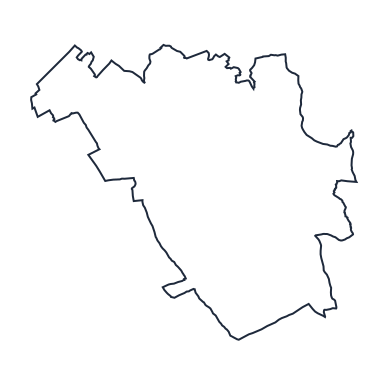 Poienari, Neamt, Romania, rotated 182°
{"feature_id": "2599482B83480715242769", "entity_name": "Poienari", "entity_type": "district", "adm_level": 2, "iso_a3": "ROU", "parent_name": "Romania", "parent_adm1": "Neamt", "projection": "natural_earth1", "projection_center": [27.109, 46.891], "detail": "fine", "context": "isolated", "style": "outline", "palette": "slate", "viewbox_px": 384, "rotation_deg": 182, "n_neighbors": 0, "source": "geoboundaries", "source_scale": "gbopen_adm2", "svg_char_len": 5907}
<svg xmlns="http://www.w3.org/2000/svg" viewBox="0 0 384 384"><g transform="rotate(182 192 192)"><path d="M355.9,281.2L356.0,278.4L355.1,275.1L354.4,269.7L352.4,270.9L348.8,261.7L337.2,268.7L335.6,265.8L333.6,263.8L333.3,262.8L333.6,261.9L332.3,260.8L332.1,259.9L332.8,259.3L333.0,258.6L332.0,258.2L331.0,257.3L329.6,258.2L317.9,263.4L317.2,264.0L316.3,265.3L315.6,265.7L315.4,266.4L314.9,266.7L314.1,266.3L310.8,267.2L309.0,267.3L307.3,265.6L302.5,257.4L300.5,255.3L299.6,252.8L297.8,250.6L289.8,238.6L288.7,237.3L288.1,234.9L286.9,232.4L286.0,231.5L296.9,225.5L288.7,214.9L285.0,209.4L279.1,200.0L275.8,200.8L271.1,201.6L264.5,202.1L262.5,202.9L259.8,202.9L250.7,204.0L250.1,201.4L249.4,200.8L249.1,200.2L248.7,198.7L248.8,197.5L249.7,195.6L252.0,193.8L252.3,193.0L251.6,191.9L251.0,186.0L249.9,180.9L241.2,182.1L241.2,180.4L240.3,177.0L238.6,174.7L236.5,169.9L235.3,165.7L234.1,163.3L231.9,159.1L230.3,156.6L228.1,150.7L226.7,145.8L226.0,144.8L224.8,142.3L222.7,139.7L221.1,136.7L219.4,134.6L217.3,132.7L215.5,130.6L212.6,125.8L211.1,124.5L209.8,122.7L207.3,121.4L205.6,118.5L203.5,116.8L200.0,113.1L198.6,110.7L197.9,109.9L197.6,109.2L196.5,107.9L195.2,105.3L196.9,104.7L196.6,103.8L197.5,103.6L198.8,102.7L202.6,101.6L206.8,99.8L210.1,99.3L212.2,98.7L217.9,95.8L216.2,93.1L213.7,90.4L212.3,89.1L209.7,87.2L209.4,86.4L205.8,85.7L201.2,88.4L196.0,90.8L193.9,92.3L191.7,92.6L190.5,93.5L187.1,95.2L186.9,95.2L186.4,94.7L185.9,94.8L184.9,91.5L181.9,87.8L181.5,86.7L180.9,85.7L177.1,82.5L176.2,82.1L174.7,79.7L173.6,78.8L171.1,77.4L169.5,76.2L167.5,72.9L166.8,71.4L164.0,69.4L160.2,63.2L158.4,61.5L157.2,59.7L155.1,58.3L153.7,56.6L152.4,55.8L150.5,53.7L148.7,49.8L141.8,46.4L140.1,46.0L130.1,51.8L126.5,53.1L117.7,57.2L112.1,60.7L104.1,64.6L100.8,67.4L97.9,69.1L93.0,71.1L90.6,72.5L87.0,73.9L77.4,80.8L71.5,84.2L67.2,79.2L64.8,76.8L62.1,75.2L56.3,72.7L54.7,71.7L54.6,72.0L56.1,76.6L55.9,78.4L55.5,78.9L53.6,78.9L49.7,79.8L47.3,80.8L43.9,80.6L43.7,81.0L43.7,82.1L45.2,88.4L46.1,89.3L48.0,90.3L48.6,91.3L49.4,93.5L49.7,96.6L49.6,101.1L50.5,103.1L51.4,106.0L52.2,109.9L54.3,114.1L56.5,116.5L57.6,118.2L58.0,122.4L60.5,130.5L61.3,134.2L61.4,137.8L61.1,142.8L61.4,144.0L62.9,147.4L63.9,149.0L67.3,152.5L66.9,153.0L61.3,154.1L59.3,154.7L55.2,154.7L51.3,153.4L49.6,152.5L47.1,151.8L43.5,149.2L41.4,148.7L40.0,148.9L37.4,149.9L35.8,151.1L33.3,152.2L29.6,155.2L29.8,156.3L31.1,158.0L31.9,159.7L31.9,160.9L31.7,161.4L32.2,162.2L32.3,162.7L32.0,162.8L32.5,164.1L32.4,164.5L32.8,165.0L32.4,165.5L32.9,165.9L32.8,166.7L34.6,168.9L35.8,171.0L35.7,171.7L36.2,171.8L36.7,172.8L37.8,173.0L38.0,175.0L38.4,175.5L38.4,176.5L38.7,177.1L39.0,177.1L38.9,178.8L38.0,180.9L37.7,182.2L38.3,182.8L40.5,186.7L41.3,187.3L41.5,188.7L43.0,190.0L44.2,190.4L44.9,191.1L49.6,193.8L50.6,195.1L49.6,196.5L50.2,197.3L50.3,197.8L49.4,198.8L49.3,199.0L49.6,199.2L49.2,200.2L48.7,200.4L48.1,201.2L48.3,201.6L48.0,202.0L48.3,203.6L48.0,204.2L48.4,204.6L47.9,205.0L47.8,205.6L47.2,206.3L47.4,208.0L45.3,207.9L43.2,208.8L37.0,208.2L28.0,207.8L29.1,209.7L30.0,213.7L32.1,217.4L33.2,220.1L32.9,221.2L33.5,224.2L33.4,230.7L32.3,235.4L32.3,237.5L32.7,239.1L34.6,242.5L35.4,246.1L35.0,247.0L34.9,248.1L35.3,251.7L33.8,251.8L32.7,253.5L33.0,257.1L33.6,257.7L34.5,257.8L34.8,259.0L35.6,258.5L35.7,256.9L36.8,256.5L37.2,254.5L39.0,252.0L40.1,251.2L42.4,250.1L44.9,246.0L46.3,245.1L46.7,244.5L47.9,244.1L48.7,242.6L49.9,242.3L53.2,243.0L55.4,243.1L58.4,244.2L62.7,244.6L68.9,246.7L71.6,247.9L74.2,250.0L79.4,253.0L81.8,255.9L83.4,258.4L84.2,259.9L84.8,262.0L84.3,266.1L83.7,267.3L83.6,269.7L84.1,271.0L86.3,273.5L87.0,277.8L86.9,279.8L86.0,283.3L86.4,287.4L86.0,290.1L86.0,293.4L85.4,295.3L85.3,296.3L86.5,299.3L87.7,300.8L88.1,302.0L89.3,303.9L89.7,307.3L89.7,311.6L93.2,313.9L96.1,314.7L99.3,316.6L101.4,319.0L101.8,319.8L102.4,324.1L102.9,325.7L103.0,329.5L103.7,332.9L107.5,332.4L111.1,331.3L113.1,331.7L114.4,331.5L117.9,331.9L120.0,330.5L125.8,329.9L126.0,329.5L133.2,327.6L133.5,323.8L134.3,320.9L136.3,318.1L138.1,316.2L138.2,315.8L138.0,315.0L136.6,312.9L136.9,312.0L137.4,311.3L137.8,310.3L137.5,310.1L137.9,309.1L133.2,304.4L133.9,303.8L133.3,302.2L133.5,300.6L133.2,299.0L133.2,298.8L134.1,298.4L134.2,297.4L135.9,299.6L138.6,304.8L139.6,305.4L141.1,305.4L142.5,304.9L147.1,303.9L149.0,302.8L150.9,303.1L151.6,303.0L152.2,304.0L151.9,304.9L152.2,306.3L151.8,307.7L152.4,309.3L150.2,310.3L148.5,310.2L147.9,310.6L147.8,311.1L148.6,312.7L147.6,313.6L149.5,316.7L150.6,317.5L154.6,318.2L157.5,316.6L158.3,317.4L161.3,317.0L162.6,318.0L162.8,318.2L159.9,321.2L161.9,323.8L160.0,324.8L159.9,325.2L160.2,326.3L159.6,327.0L159.4,327.7L164.2,331.2L168.9,327.9L170.4,328.4L172.9,330.2L174.6,328.5L175.3,327.0L176.3,325.4L179.4,324.4L180.3,324.7L180.6,325.5L180.0,327.7L179.8,329.7L180.2,331.5L182.3,333.5L201.9,325.3L202.7,325.7L204.4,325.7L204.6,326.1L204.1,327.0L204.3,327.7L208.6,331.7L211.9,332.4L217.1,335.2L217.8,335.8L218.1,336.6L219.7,337.4L223.5,337.2L225.6,338.0L228.4,335.2L227.8,334.8L229.1,333.4L229.7,333.3L236.2,328.8L237.5,328.3L238.6,328.2L239.0,327.9L239.3,326.6L239.3,324.8L239.2,323.7L238.1,321.0L238.3,319.4L238.6,318.7L240.1,317.0L241.6,314.1L243.5,311.6L244.0,310.5L244.0,306.3L243.6,304.2L243.9,301.8L243.7,300.7L242.8,299.1L245.1,300.8L246.2,302.3L246.6,303.4L247.4,304.4L255.7,309.8L258.7,310.5L264.0,310.7L269.4,315.5L272.8,317.4L277.1,320.6L279.1,317.5L285.2,310.8L290.5,304.4L291.0,303.5L291.8,303.2L293.8,304.4L293.1,305.4L293.2,306.1L297.4,311.7L299.5,313.4L299.5,313.9L298.7,315.2L297.6,316.6L296.9,318.7L295.8,320.0L294.9,323.7L297.7,328.0L299.3,326.3L301.2,327.3L301.8,326.7L302.2,325.6L303.1,325.7L306.7,321.6L307.0,320.9L307.1,320.0L307.6,320.4L308.2,319.9L308.7,319.8L310.6,320.8L311.9,322.5L310.5,324.5L307.1,328.2L307.0,328.6L308.0,329.9L310.6,331.8L311.7,332.2L314.2,334.3L319.6,327.8L350.8,294.4L349.3,292.1L348.1,288.7L351.8,285.1L351.1,284.1L355.9,281.2Z" fill="none" stroke="#1e293b" stroke-width="2"/></g></svg>